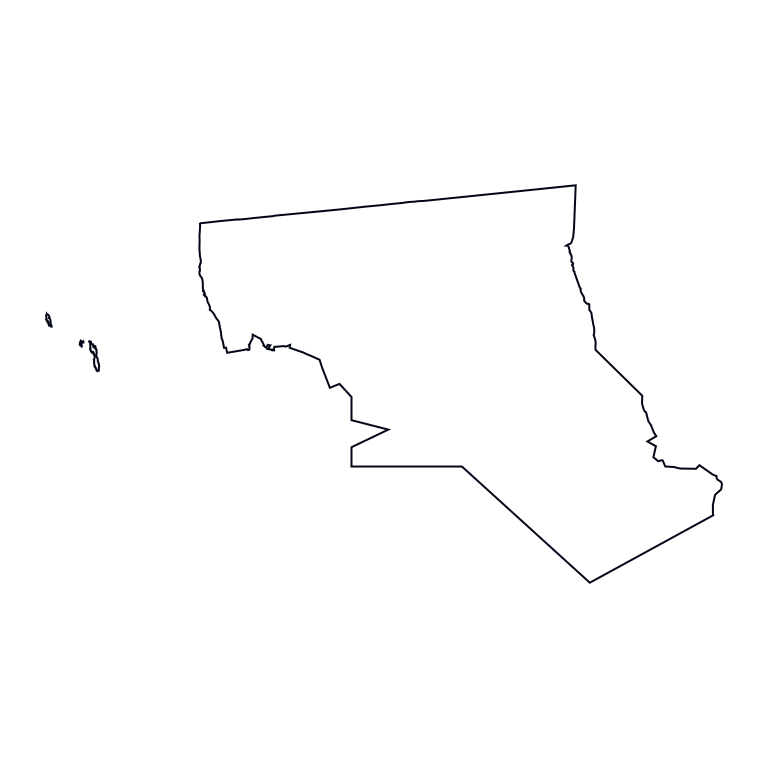 outline of Tijuana, Baja California, Mexico
{"feature_id": "50627088B36536609271858", "entity_name": "Tijuana", "entity_type": "district", "adm_level": 2, "iso_a3": "MEX", "parent_name": "Mexico", "parent_adm1": "Baja California", "projection": "orthographic", "projection_center": [-117.002, 32.378], "detail": "fine", "context": "isolated", "style": "outline", "palette": "ink", "viewbox_px": 768, "rotation_deg": 0, "n_neighbors": 0, "source": "geoboundaries", "source_scale": "gbopen_adm2", "svg_char_len": 5800}
<svg xmlns="http://www.w3.org/2000/svg" viewBox="0 0 768 768"><path d="M589.8,582.7L713.3,515.2L712.9,513.5L712.9,504.9L714.9,495.5L715.1,495.0L715.7,494.2L720.7,489.8L721.0,489.4L721.3,488.7L721.9,484.9L721.9,484.1L721.3,482.4L720.6,481.6L717.8,479.8L717.2,479.2L716.8,478.5L716.6,477.8L716.5,476.1L712.8,474.6L699.4,465.2L695.9,468.8L679.9,468.5L673.8,467.0L665.3,466.5L663.2,461.8L663.0,460.8L662.6,460.3L661.5,460.3L658.2,461.2L653.4,457.2L655.9,446.2L647.4,441.5L656.3,436.2L653.8,432.4L651.0,425.2L648.3,421.1L646.1,412.4L644.6,411.2L643.9,409.9L642.4,405.1L642.0,402.4L642.3,395.8L595.5,349.8L595.4,345.7L595.6,344.8L595.6,341.5L595.0,339.3L594.8,338.3L593.6,334.9L594.1,334.0L594.2,333.0L594.2,331.8L594.3,330.8L594.1,327.9L593.2,324.1L593.0,322.6L592.0,317.5L591.4,312.8L589.3,309.7L589.3,304.5L589.2,304.3L588.7,303.9L587.4,303.9L586.7,303.5L585.3,302.3L585.1,301.8L584.1,300.7L584.3,299.7L584.1,299.0L584.2,298.3L583.6,296.3L583.1,295.9L582.6,294.8L581.2,292.4L580.8,291.1L580.5,289.7L580.7,288.5L580.1,288.0L579.9,287.5L579.6,287.1L574.9,273.8L574.5,272.9L574.5,271.8L573.5,270.8L573.3,269.4L573.5,268.2L573.3,267.3L572.9,266.4L572.0,265.2L572.1,264.9L572.9,264.5L573.0,264.2L572.9,263.8L573.1,263.2L571.7,262.0L571.4,261.5L571.5,259.3L571.7,257.9L571.6,256.1L571.0,254.8L570.5,254.3L570.5,253.4L569.9,252.8L570.1,252.3L569.5,251.8L569.8,250.8L569.7,250.2L569.0,248.6L569.0,247.7L568.4,246.6L567.9,246.2L567.5,245.6L566.4,245.6L567.2,245.0L570.6,243.5L571.3,242.8L573.2,237.0L574.0,228.3L575.7,185.3L424.1,200.9L416.7,201.3L415.4,201.6L410.5,201.9L404.7,202.5L403.6,202.8L388.5,204.3L381.9,205.1L364.7,206.7L341.1,209.3L275.5,215.6L272.3,216.2L254.1,218.0L244.5,219.1L237.9,219.6L237.8,219.4L220.0,221.1L201.0,223.2L200.4,223.3L199.9,223.8L200.1,225.0L200.0,228.5L199.6,234.4L199.4,235.1L199.6,239.1L199.6,242.8L199.4,244.1L199.6,244.9L199.4,245.5L199.5,248.0L199.4,248.6L200.0,256.4L200.8,260.0L200.8,262.9L200.0,264.1L200.0,265.5L199.4,266.4L199.3,267.5L199.9,268.1L200.0,268.8L199.8,269.3L199.7,270.2L200.0,270.7L199.4,272.0L199.4,272.7L199.6,274.4L200.4,276.1L202.0,278.2L202.2,279.4L202.5,280.4L202.8,283.2L202.9,288.9L203.1,289.5L203.7,290.3L203.8,291.1L203.1,291.2L203.2,291.5L204.0,291.8L204.6,293.1L204.6,293.5L204.2,294.0L204.6,294.1L204.4,294.5L204.7,294.5L205.0,295.0L204.9,295.3L204.5,295.5L204.8,295.8L205.0,296.0L205.3,295.7L205.4,295.9L205.6,296.2L205.6,296.7L206.3,297.0L207.0,298.3L207.3,300.7L207.7,302.0L208.1,303.0L209.1,304.5L210.1,308.1L210.1,308.8L209.7,309.6L209.8,309.9L211.3,310.8L212.2,311.8L214.3,314.5L214.3,314.9L215.1,316.1L215.4,316.8L215.9,317.4L216.1,318.0L216.6,318.7L217.6,320.0L218.2,320.6L218.8,321.6L219.0,322.2L218.9,322.6L219.3,323.7L219.4,325.2L219.8,326.2L219.8,327.5L219.9,328.0L220.2,328.4L220.3,329.2L220.6,330.2L220.7,331.1L220.6,331.5L221.0,332.2L221.2,334.5L221.1,335.0L221.4,335.8L221.5,336.9L221.6,338.5L222.5,340.1L224.1,347.9L226.0,347.6L227.2,352.8L243.6,350.0L246.0,349.5L246.9,349.1L247.9,350.1L249.4,349.6L249.5,346.5L249.2,346.5L249.3,345.2L249.2,345.1L249.4,344.8L249.1,344.5L250.1,343.5L250.2,342.5L252.5,338.6L252.7,334.7L260.9,339.0L261.1,339.8L263.4,343.9L263.5,344.6L263.9,345.0L263.5,345.5L266.2,347.8L266.4,347.4L266.1,347.3L267.8,344.9L268.1,345.1L270.3,345.3L267.9,349.1L271.9,349.6L271.7,350.1L272.1,350.3L274.1,350.3L274.0,349.7L273.9,349.7L274.3,346.9L284.0,346.1L284.3,346.2L285.8,346.6L290.1,344.9L289.7,347.8L303.8,352.7L305.2,353.5L312.9,356.7L319.6,359.8L322.1,367.7L329.9,387.8L339.5,383.9L351.5,397.0L351.5,420.2L388.3,429.6L351.5,447.2L351.5,466.5L461.9,466.5L589.8,582.7ZM93.6,347.3L93.3,346.8L93.4,346.3L93.2,346.2L93.2,345.8L93.4,345.4L93.2,344.5L92.7,344.5L91.9,343.9L91.1,342.6L90.9,341.8L89.9,341.2L89.2,341.3L89.1,341.6L90.0,342.8L90.2,343.4L90.1,344.0L90.3,344.8L90.3,347.4L90.4,347.6L90.2,348.4L90.3,348.6L90.5,348.8L90.3,349.3L90.5,349.4L90.5,350.4L90.7,350.5L90.9,351.2L91.1,351.2L91.3,351.6L91.6,351.7L91.7,352.2L92.0,352.6L92.3,351.9L92.5,351.8L92.9,351.8L93.6,352.3L93.9,353.9L93.8,354.3L94.0,354.5L94.2,355.3L94.5,355.6L94.8,356.4L94.3,359.0L94.0,359.8L93.8,359.9L94.2,360.8L94.1,361.6L94.3,362.3L94.0,362.8L94.0,363.3L94.7,365.5L94.7,366.3L95.0,366.7L94.8,366.7L95.0,367.0L95.1,367.3L95.8,368.3L95.8,368.6L96.1,369.0L96.3,369.3L96.2,369.1L96.3,369.1L96.6,370.2L96.9,370.7L96.8,370.8L97.2,371.1L97.5,370.7L97.9,370.8L98.1,370.6L98.5,370.8L98.9,370.6L98.8,369.8L98.9,368.6L98.8,368.0L99.2,366.3L99.0,364.9L98.8,364.4L98.8,363.7L98.3,362.9L98.3,362.4L97.8,361.1L97.7,358.9L97.0,357.6L96.6,356.3L96.4,356.1L96.4,354.8L96.2,354.5L96.7,352.8L96.7,352.0L96.4,351.1L96.6,349.8L96.0,349.4L96.1,349.1L95.7,348.4L95.5,346.6L95.3,346.1L95.0,346.1L94.8,346.3L94.8,346.7L94.3,347.7L93.9,347.4L93.3,347.5L93.6,347.3ZM47.4,314.6L46.9,314.0L46.9,314.4L46.3,314.9L46.1,315.4L46.3,316.2L46.2,317.3L46.6,318.4L46.6,319.1L46.4,319.1L46.2,319.3L46.5,319.6L46.4,319.9L46.7,320.6L46.9,320.6L46.9,320.4L47.3,320.7L47.9,321.3L47.8,321.6L48.1,321.5L48.2,321.8L48.0,322.0L48.3,322.4L48.2,322.6L48.3,322.8L48.3,323.2L48.5,323.4L48.5,324.2L48.8,324.4L49.0,325.1L49.3,324.8L49.5,325.5L50.0,325.7L50.6,326.3L51.0,326.2L51.3,326.7L51.6,326.7L51.6,326.0L51.2,325.7L51.3,325.2L50.8,324.4L50.6,323.6L50.7,322.5L50.5,321.9L50.5,320.5L50.3,319.5L49.7,318.3L49.2,318.2L49.3,317.9L49.1,317.8L49.4,316.9L49.3,316.5L49.1,316.2L49.0,315.9L48.3,315.0L48.2,314.7L47.8,314.5L47.4,314.6ZM81.4,342.1L81.1,341.2L80.7,340.8L79.9,342.7L80.0,343.5L79.9,343.8L79.8,344.2L80.2,344.3L80.2,344.7L80.5,344.5L81.1,346.0L81.3,346.1L81.4,346.3L81.5,346.4L81.6,345.9L81.8,345.8L81.4,345.3L81.7,345.2L81.5,344.8L81.3,344.7L81.6,343.6L81.5,343.1L81.6,342.2L82.0,342.1L83.2,342.6L83.5,342.5L83.5,342.2L83.2,342.2L83.1,341.6L82.7,342.0L82.0,342.0L81.9,341.3L81.7,341.2L81.5,341.3L81.7,341.9L81.4,342.1Z" fill="none" stroke="#020617" stroke-width="2"/></svg>